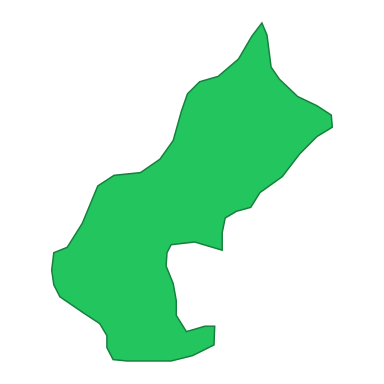 map outline of Vraneštica (Equal Earth projection)
{"feature_id": "MKD-2916", "entity_name": "Vraneštica", "entity_type": "Statistical Region", "adm_level": 1, "iso_a3": "MKD", "parent_name": "North Macedonia", "parent_adm1": "", "projection": "equal_earth", "projection_center": [21.055, 41.496], "detail": "fine", "context": "isolated", "style": "filled", "palette": "green", "viewbox_px": 384, "rotation_deg": 0, "n_neighbors": 0, "source": "natural_earth", "source_scale": "10m", "svg_char_len": 806}
<svg xmlns="http://www.w3.org/2000/svg" viewBox="0 0 384 384"><path d="M261.9,23.0L267.0,35.1L271.1,67.1L279.3,79.1L297.6,96.5L317.0,105.8L331.3,115.1L332.3,127.2L317.0,136.5L299.7,153.9L282.3,176.6L259.9,192.6L250.8,207.3L236.4,211.3L225.2,218.0L222.2,232.7L222.2,240.7L222.2,250.2L194.6,242.0L171.1,244.7L167.0,252.7L166.1,266.1L173.2,283.5L176.3,300.8L176.3,315.5L186.4,331.6L204.9,326.2L214.7,326.2L214.0,344.9L192.6,355.6L171.1,361.0L152.8,361.0L127.3,361.0L113.1,359.6L106.9,347.6L106.9,335.6L99.7,323.6L83.4,312.9L59.9,296.8L53.8,284.8L51.7,270.1L53.8,252.7L67.0,247.4L68.6,245.1L82.3,223.3L97.8,185.9L114.1,175.3L140.5,172.6L159.9,159.2L173.2,140.5L181.4,111.2L187.5,93.8L199.7,81.7L218.1,76.4L238.5,59.0L251.7,36.4L260.8,24.4L261.9,23.0Z" fill="#22c55e" stroke="#15803d" stroke-width="1.5"/></svg>